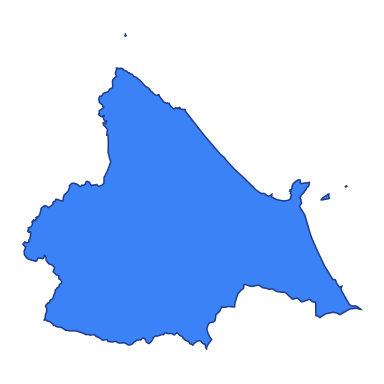 Ky Anh, Ha Tinh, Vietnam (Robinson projection)
{"feature_id": "81297802B12468750690576", "entity_name": "Ky Anh", "entity_type": "district", "adm_level": 2, "iso_a3": "VNM", "parent_name": "Vietnam", "parent_adm1": "Ha Tinh", "projection": "robinson", "projection_center": [106.198, 18.11], "detail": "fine", "context": "isolated", "style": "filled", "palette": "blue", "viewbox_px": 384, "rotation_deg": 0, "n_neighbors": 0, "source": "geoboundaries", "source_scale": "gbopen_adm2", "svg_char_len": 5917}
<svg xmlns="http://www.w3.org/2000/svg" viewBox="0 0 384 384"><path d="M24.1,251.2L24.4,254.8L26.8,258.0L28.8,259.3L35.5,261.3L36.6,261.0L38.2,257.9L42.8,258.7L43.5,258.2L44.2,256.6L44.3,255.5L44.7,255.5L46.0,257.4L46.1,260.2L47.6,262.4L48.9,263.8L52.5,265.3L54.3,267.3L54.6,268.0L53.6,270.1L53.2,271.8L56.4,275.0L57.7,275.0L58.5,275.7L58.8,276.5L58.8,278.8L60.4,279.4L61.7,281.8L61.3,283.2L59.3,284.6L59.0,286.5L58.4,287.3L57.2,287.6L57.1,288.5L55.4,289.8L55.1,290.6L55.2,292.4L53.8,295.1L53.0,298.0L51.4,299.9L50.3,299.9L49.3,302.7L47.9,302.9L45.8,305.3L45.5,306.4L46.7,308.4L46.7,311.2L45.2,315.9L45.2,317.8L44.2,320.0L46.3,320.1L47.2,321.0L50.4,321.9L53.0,324.2L53.6,325.4L55.0,325.7L57.2,326.9L60.5,327.2L62.4,328.0L65.6,330.3L69.7,330.8L76.2,330.9L83.8,333.5L85.0,334.0L85.5,334.6L88.3,334.5L90.1,335.2L94.0,334.6L94.8,335.0L96.0,336.4L99.1,337.6L102.3,340.0L103.3,340.2L105.7,339.6L107.2,339.7L108.1,341.5L112.6,342.0L115.8,341.3L117.3,342.4L119.3,343.1L124.0,342.8L125.6,343.3L128.2,345.0L130.0,345.0L132.4,343.8L134.3,341.8L135.2,341.6L137.1,340.0L140.6,340.0L142.5,338.2L143.2,338.1L144.3,338.4L145.1,339.1L146.4,342.1L148.6,343.5L149.3,343.4L151.5,341.4L153.5,337.7L154.3,336.7L155.7,336.0L157.4,336.1L161.7,334.6L163.3,334.7L164.9,333.0L165.6,332.8L168.0,333.7L171.5,333.5L172.5,333.9L173.3,334.7L174.5,334.9L176.7,332.7L177.1,332.6L179.6,335.3L182.5,336.7L183.1,338.2L185.0,340.0L188.7,341.6L190.2,344.0L191.3,344.0L192.7,345.2L194.2,343.4L197.7,340.8L199.8,340.7L200.8,341.1L203.0,343.7L204.6,344.1L205.2,344.9L205.8,347.7L206.8,349.7L206.4,347.8L208.3,344.0L211.6,339.5L211.1,338.5L210.0,337.4L208.0,333.3L206.8,329.1L207.9,325.4L208.9,323.4L209.9,322.7L213.3,322.1L214.9,320.9L215.4,319.0L216.0,314.2L217.1,313.8L219.6,311.4L221.5,307.1L225.1,307.3L228.2,306.5L234.4,307.0L234.8,306.0L234.7,303.9L237.8,293.9L241.0,290.3L242.8,289.0L243.7,287.9L243.9,285.5L244.1,284.8L244.8,284.5L246.5,284.8L250.3,286.3L252.2,286.4L257.7,285.2L259.2,285.3L262.6,287.7L266.4,288.3L269.7,289.5L271.7,288.9L272.9,289.0L275.2,290.8L278.0,291.8L285.4,292.5L292.5,299.3L296.7,298.1L297.6,298.2L301.4,301.8L302.8,301.7L308.8,299.5L309.9,299.4L312.2,301.7L315.6,302.3L315.9,315.7L317.7,316.0L319.9,317.6L325.7,313.8L332.8,312.3L336.6,312.9L339.7,314.6L340.5,314.4L349.9,308.9L356.8,308.3L359.6,309.3L361.0,309.4L360.4,308.8L359.8,308.9L359.4,308.2L358.6,308.0L358.1,307.1L357.5,306.7L355.4,305.9L353.2,306.0L350.6,305.5L349.0,303.9L341.5,290.7L341.0,288.6L341.9,286.3L340.0,287.0L339.1,286.8L336.5,283.0L335.5,280.0L334.9,279.6L332.9,279.6L324.4,265.6L317.1,250.3L311.6,237.6L309.7,231.9L305.1,216.0L303.7,213.1L300.0,207.4L299.8,206.4L299.9,205.6L301.6,203.0L301.4,202.5L301.4,201.9L300.9,201.6L301.0,199.7L299.7,197.7L300.9,196.4L301.1,195.3L303.7,192.8L305.1,190.6L306.2,189.3L306.8,187.6L308.3,186.6L309.1,185.1L309.1,183.8L309.5,182.4L309.0,182.3L307.2,183.1L306.1,182.8L301.0,183.5L300.1,182.6L300.4,180.6L300.0,179.8L297.7,180.1L296.3,180.9L293.2,183.6L292.1,186.1L291.9,188.5L291.3,189.9L290.0,189.8L289.6,191.1L290.7,191.5L290.4,193.6L291.5,194.3L291.1,196.2L290.6,197.0L290.6,198.8L288.4,200.2L286.6,200.6L283.3,200.9L277.5,199.8L274.0,198.3L271.9,196.9L271.6,196.6L271.9,194.3L269.9,195.8L268.4,196.2L267.0,195.6L264.6,193.6L260.7,193.2L255.5,189.6L253.1,186.9L243.9,177.9L234.3,169.1L226.4,160.5L224.5,157.8L220.5,154.4L205.1,136.4L200.7,130.9L185.4,111.2L185.3,109.8L184.3,109.3L183.0,109.5L179.4,108.9L179.3,108.1L179.9,107.8L179.6,107.5L179.0,108.2L178.2,107.8L177.6,108.3L177.1,107.9L175.2,107.9L174.7,108.8L173.5,108.8L170.3,105.6L169.1,103.4L168.5,103.6L167.7,102.9L167.0,103.2L166.0,103.0L164.0,102.1L159.4,96.3L159.0,94.7L158.5,94.6L157.0,95.4L155.4,95.1L153.0,93.0L152.6,92.2L151.1,91.6L148.8,88.3L147.8,87.5L146.0,86.7L143.6,84.4L139.7,80.0L138.6,79.4L136.1,77.2L134.0,76.5L131.9,74.1L130.3,74.0L129.4,72.8L128.2,72.7L126.7,71.2L124.0,70.3L122.7,68.6L122.0,68.9L121.1,68.2L119.3,68.4L118.9,68.9L117.7,68.1L116.4,68.1L116.5,69.5L115.4,72.5L115.6,74.2L116.6,76.3L114.0,78.3L112.7,80.1L112.4,81.9L112.8,86.2L112.5,87.3L111.7,88.1L109.7,89.2L108.5,91.3L107.7,91.9L103.9,93.0L102.9,94.0L101.8,95.8L101.1,96.2L99.7,96.2L99.0,98.1L98.9,99.7L99.4,102.5L102.5,105.0L102.6,106.3L103.6,107.0L103.7,107.6L99.3,110.7L99.3,113.4L98.6,114.0L98.6,114.5L100.3,116.0L101.9,116.8L103.1,115.6L104.0,115.5L104.2,115.9L103.3,117.0L103.6,119.1L105.1,121.4L106.3,120.8L106.8,121.4L105.4,123.5L103.3,122.6L103.1,123.0L103.5,123.4L103.4,125.0L105.3,126.6L107.4,129.2L106.8,135.3L108.0,135.4L108.1,136.3L108.3,143.2L108.1,152.9L108.7,154.4L109.3,157.5L110.6,161.2L110.5,162.4L108.4,168.5L106.9,172.0L105.5,174.3L105.2,175.6L104.1,177.2L103.9,183.2L102.3,185.0L98.8,186.4L98.0,186.0L96.7,184.4L94.7,185.0L92.1,185.1L91.4,185.8L90.1,183.8L89.6,182.4L87.8,181.4L86.8,181.3L86.1,181.8L85.1,184.4L83.2,185.3L81.8,185.2L80.8,186.3L79.9,186.6L77.3,184.3L73.6,183.1L71.9,183.4L70.8,184.2L69.3,185.9L69.5,186.9L68.9,189.5L67.9,191.3L66.0,193.4L64.3,194.7L63.5,196.8L63.0,200.8L61.8,201.0L57.6,199.5L55.8,199.3L55.1,201.3L53.9,201.5L53.3,202.0L52.8,203.1L53.3,204.0L49.4,207.2L48.5,207.5L46.4,206.0L45.5,205.8L44.9,206.3L44.5,205.7L41.6,207.8L41.0,208.6L41.0,209.6L39.8,214.3L38.1,217.1L37.2,216.8L36.1,217.4L36.8,218.5L35.7,219.3L35.9,219.7L35.7,220.2L34.4,220.5L33.6,219.9L32.9,220.6L32.8,220.9L33.4,221.2L31.9,221.9L32.6,223.8L31.3,226.5L30.9,227.0L29.7,227.3L29.3,227.8L28.4,227.8L28.6,228.6L27.7,231.0L28.5,232.2L29.3,232.0L30.0,232.4L30.5,232.1L30.7,234.6L29.7,239.1L28.8,240.1L29.1,241.6L27.1,242.9L24.8,241.8L24.4,242.7L23.3,243.4L23.0,244.7L24.3,245.7L24.8,246.5L25.8,246.7L24.1,251.2ZM321.9,200.0L329.3,198.5L329.5,198.0L328.8,197.0L328.9,194.0L328.1,194.0L326.3,195.7L325.5,195.9L324.3,196.9L322.7,197.8L321.2,199.8L321.9,200.0ZM125.6,36.3L126.1,35.6L125.3,34.3L125.0,35.6L125.2,36.2L125.6,36.3ZM346.6,186.7L346.9,186.3L346.4,185.9L345.3,186.6L345.7,187.0L346.6,186.7Z" fill="#3b82f6" stroke="#1e3a8a" stroke-width="1.5"/></svg>